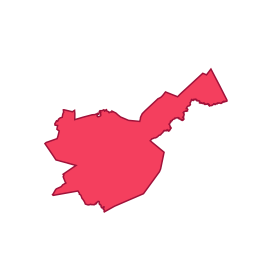 Hardenberg, Overijssel, Netherlands (Natural Earth projection), rotated 136°
{"feature_id": "6326949B3638629214663", "entity_name": "Hardenberg", "entity_type": "district", "adm_level": 2, "iso_a3": "NLD", "parent_name": "Netherlands", "parent_adm1": "Overijssel", "projection": "natural_earth1", "projection_center": [6.49, 52.57], "detail": "fine", "context": "isolated", "style": "filled", "palette": "rose", "viewbox_px": 256, "rotation_deg": 136, "n_neighbors": 0, "source": "geoboundaries", "source_scale": "gbopen_adm2", "svg_char_len": 5356}
<svg xmlns="http://www.w3.org/2000/svg" viewBox="0 0 256 256"><g transform="rotate(136 128 128)"><path d="M192.0,81.1L162.5,70.0L135.8,74.7L133.0,75.9L118.9,85.5L120.9,103.4L118.1,103.6L117.7,103.2L116.0,102.6L114.9,101.7L112.9,101.2L110.7,101.2L109.7,100.6L109.2,100.5L107.7,100.7L105.9,100.6L105.0,101.0L104.8,101.0L104.4,101.1L104.2,101.0L104.1,100.8L104.2,100.7L104.0,100.8L103.9,100.6L103.5,100.6L103.4,100.8L102.8,100.2L102.7,99.6L102.4,99.4L101.7,99.7L101.4,99.4L101.2,99.4L101.3,99.2L101.2,99.1L100.9,98.8L101.2,98.8L101.3,98.4L101.0,98.1L101.0,97.8L100.9,97.5L99.9,97.3L99.4,97.5L98.8,97.6L97.8,97.9L97.2,97.9L96.9,98.1L96.9,98.3L97.0,98.6L96.9,98.9L97.2,99.1L96.8,99.5L96.6,99.5L96.4,100.5L96.2,100.7L96.2,100.9L95.9,101.2L95.8,101.5L95.9,102.1L95.4,102.4L94.5,102.3L94.4,102.4L93.4,102.6L93.3,102.8L93.1,102.9L92.9,102.8L92.9,103.2L92.6,103.4L92.1,103.2L91.4,102.7L91.0,102.7L90.9,102.9L90.3,103.0L89.4,102.8L89.0,102.6L88.4,102.4L88.1,102.2L87.9,102.3L87.7,102.5L87.5,102.2L87.2,102.3L86.0,101.6L85.9,101.4L85.3,101.2L85.2,100.9L85.2,100.7L84.6,100.5L84.5,100.2L84.4,99.8L84.8,99.8L84.9,99.6L84.9,99.0L84.2,98.0L84.1,97.7L83.6,96.9L84.1,96.7L83.9,96.3L83.8,95.8L83.0,95.4L82.8,95.5L82.7,95.7L82.3,95.5L81.7,95.5L81.6,95.8L81.6,96.1L81.0,96.3L80.8,96.9L80.9,97.0L81.1,97.3L81.1,97.6L80.8,97.5L80.4,97.7L80.0,97.7L80.0,97.9L78.6,98.4L78.2,98.8L78.1,99.4L77.8,99.4L77.7,99.6L77.8,99.8L77.6,100.3L77.6,100.6L77.0,100.5L76.8,100.8L76.5,100.8L76.0,100.5L75.0,100.3L74.5,100.0L74.6,99.8L74.3,99.6L74.2,99.3L73.6,99.1L73.6,99.3L73.2,99.3L73.1,99.5L72.4,99.7L72.2,99.7L72.0,100.2L72.0,100.8L72.4,101.3L72.2,101.3L72.0,101.7L71.2,101.9L71.2,102.0L70.0,102.2L69.1,101.7L68.4,101.7L68.4,101.4L67.7,101.3L66.8,101.6L66.8,101.8L66.6,102.0L66.3,102.4L66.2,102.5L65.9,102.8L65.8,103.1L64.7,103.2L64.4,103.5L63.7,103.6L63.3,104.0L62.5,104.4L62.3,104.3L62.1,104.0L62.2,103.7L62.3,103.6L62.3,103.1L62.0,102.5L61.5,102.5L60.9,102.9L60.7,102.6L60.4,102.5L60.5,102.3L60.2,102.3L60.1,102.1L59.3,101.8L59.1,101.3L59.5,101.0L59.4,100.9L59.4,100.6L59.2,100.4L59.4,100.3L59.6,100.1L59.6,99.9L59.4,99.7L59.2,99.6L59.2,99.3L58.8,99.2L58.7,99.0L58.0,98.4L58.0,98.2L57.9,97.9L58.4,97.7L58.5,97.3L58.7,97.1L58.7,96.7L58.2,96.5L58.3,96.3L58.7,96.2L58.3,95.8L58.6,95.7L58.4,95.5L58.4,95.4L58.2,95.1L57.8,95.0L57.7,94.7L57.4,94.8L57.3,94.4L57.4,94.1L57.2,93.9L57.1,93.5L56.8,93.6L56.5,93.5L56.1,93.4L56.3,93.0L55.9,92.6L56.0,92.3L55.9,92.0L56.4,91.8L56.3,91.5L55.7,91.4L55.6,91.0L55.3,90.9L55.1,90.6L54.9,90.5L54.8,90.3L54.0,90.3L53.9,90.0L53.4,89.5L53.4,89.3L53.8,89.3L54.0,89.2L54.0,88.7L53.8,88.8L53.5,88.4L54.1,88.1L54.1,87.8L53.8,87.7L54.0,87.4L54.0,87.2L53.8,87.2L53.5,87.1L53.1,86.7L52.3,86.1L52.0,85.9L51.5,86.0L51.4,85.8L50.7,85.8L50.1,85.5L49.8,85.5L49.5,85.8L49.2,85.6L49.4,85.2L49.2,84.6L48.9,84.5L48.7,84.2L48.5,84.3L48.2,84.2L48.2,84.3L47.8,84.3L47.2,83.9L46.5,83.9L46.5,83.7L46.7,83.4L45.9,83.3L45.7,83.0L45.4,82.7L45.0,82.8L44.1,81.1L43.2,80.8L43.1,81.0L42.7,81.1L42.4,81.0L42.3,80.9L41.9,81.0L41.6,80.5L41.2,80.8L40.8,80.8L40.4,80.6L40.2,80.2L40.3,79.6L39.6,79.4L39.2,79.5L39.0,79.2L38.6,78.7L38.2,78.6L37.6,79.1L37.4,79.5L32.6,95.2L27.4,112.8L34.6,111.7L36.2,115.4L66.2,116.1L70.6,116.0L76.0,127.9L79.4,127.4L81.7,127.2L83.2,127.3L85.0,127.8L86.0,128.2L103.8,128.5L107.8,128.4L111.5,127.0L112.3,126.4L112.8,125.9L115.0,124.6L122.3,133.1L125.7,141.1L126.1,144.0L126.3,147.1L127.7,151.1L127.9,150.8L128.5,150.7L128.7,150.9L128.9,151.3L129.3,151.6L130.1,151.9L130.7,152.0L131.0,152.2L131.0,152.5L130.7,153.0L130.9,153.8L131.4,155.1L131.2,155.6L130.8,156.0L130.7,156.2L130.8,156.3L131.1,156.4L132.3,156.2L133.1,156.5L132.8,157.1L132.8,157.4L132.6,157.7L132.7,157.9L134.6,158.5L136.1,159.9L136.3,159.9L137.1,159.8L137.5,159.5L137.5,159.3L137.4,159.0L136.7,158.3L136.7,158.2L137.7,157.5L138.5,156.2L139.3,155.8L140.8,156.3L141.5,156.7L141.7,156.9L142.0,157.4L141.9,157.9L141.5,158.5L141.0,158.8L140.5,158.8L139.5,158.3L139.2,158.2L139.0,158.4L138.9,158.7L139.0,159.1L139.5,159.6L139.9,159.8L140.9,159.9L141.4,160.1L141.5,160.3L142.4,160.6L144.6,162.4L153.0,167.1L160.5,171.0L156.4,175.1L154.2,177.8L156.7,178.3L161.2,185.3L161.7,185.9L161.9,186.0L163.5,183.9L164.0,183.9L165.4,183.2L167.9,181.4L169.8,182.4L171.8,182.6L173.9,181.8L174.3,182.8L174.5,182.8L177.8,181.8L178.5,180.7L176.9,178.7L180.0,176.5L179.6,173.6L184.2,170.7L186.4,169.6L196.9,174.4L198.6,174.5L201.0,160.4L202.0,155.1L191.4,137.2L206.7,139.8L206.6,139.5L206.7,139.2L206.7,138.8L208.3,138.1L208.3,137.9L208.4,137.6L208.6,137.6L208.8,137.4L210.7,132.6L210.8,132.0L210.9,131.6L214.5,132.5L216.3,132.2L217.1,132.3L221.6,133.9L222.3,134.0L223.1,133.9L227.5,132.6L228.6,132.5L228.6,131.5L207.8,117.5L208.3,114.9L209.0,114.1L208.6,113.3L208.7,112.1L209.9,109.5L210.0,108.9L209.9,108.7L210.2,106.9L210.2,106.6L210.4,106.2L210.5,105.4L211.5,102.9L210.4,100.8L209.6,99.9L209.2,99.9L208.5,99.2L207.7,99.0L207.5,98.2L206.1,96.9L205.8,96.3L204.8,96.3L204.0,96.0L204.0,95.7L203.5,95.8L203.1,95.6L202.7,96.3L201.7,96.0L200.5,96.0L200.0,95.4L200.0,94.8L200.8,94.2L201.5,93.1L201.6,92.5L201.4,92.2L201.0,92.1L201.1,91.7L201.1,91.3L201.2,90.9L201.8,90.5L202.0,89.8L202.3,89.4L202.4,89.2L202.2,88.6L202.0,88.4L201.2,88.2L200.6,88.4L200.1,88.0L200.5,87.6L201.2,87.2L201.8,87.2L202.1,87.0L202.1,86.8L202.0,85.7L202.2,85.4L203.1,84.7L203.3,84.1L192.0,81.1Z" fill="#f43f5e" stroke="#9f1239" stroke-width="1.5"/></g></svg>